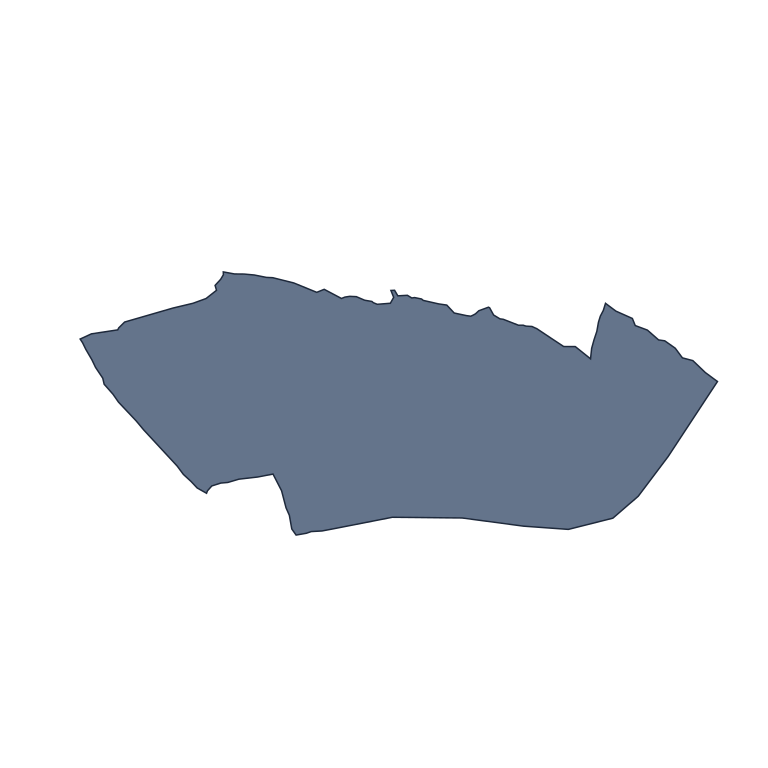 outline of Ukum, Benue, Nigeria, rotated 122°
{"feature_id": "59680162B14415495238729", "entity_name": "Ukum", "entity_type": "district", "adm_level": 2, "iso_a3": "NGA", "parent_name": "Nigeria", "parent_adm1": "Benue", "projection": "equal_earth", "projection_center": [9.596, 7.583], "detail": "fine", "context": "isolated", "style": "filled", "palette": "slate", "viewbox_px": 768, "rotation_deg": 122, "n_neighbors": 0, "source": "geoboundaries", "source_scale": "gbopen_adm2", "svg_char_len": 1731}
<svg xmlns="http://www.w3.org/2000/svg" viewBox="0 0 768 768"><g transform="rotate(122 384 384)"><path d="M532.9,349.4L492.6,306.3L484.4,292.9L479.2,284.4L463.9,259.3L456.3,246.9L447.4,227.3L430.6,190.3L409.6,150.6L376.5,118.8L356.0,112.5L349.1,110.3L344.4,108.9L295.0,104.6L286.8,104.4L217.0,102.8L205.2,102.5L204.0,117.6L200.5,134.5L203.7,144.8L199.3,156.0L198.6,168.8L201.1,174.5L198.7,189.2L201.3,201.9L196.8,208.1L199.3,226.0L198.2,238.9L205.4,237.0L211.8,236.5L217.9,234.9L226.6,231.4L235.3,229.3L243.7,226.8L253.2,222.2L250.9,241.6L257.0,251.5L256.6,267.0L256.1,283.9L256.3,285.0L256.8,289.0L259.7,294.3L260.4,297.2L262.9,301.1L265.9,317.1L267.3,320.2L267.4,327.6L263.4,334.8L263.5,336.1L271.6,342.4L276.0,343.6L278.0,344.7L280.5,346.3L282.3,350.3L286.6,362.1L283.8,372.6L287.1,380.1L292.3,395.0L292.0,397.2L294.5,403.9L296.3,406.0L296.4,411.2L301.9,419.0L298.9,424.7L301.0,427.7L305.4,421.7L312.2,421.4L312.3,421.6L320.0,432.0L320.7,436.2L320.4,438.0L323.2,444.8L324.6,453.8L326.3,456.8L327.8,459.5L331.0,463.2L334.0,465.4L335.4,484.9L341.9,489.6L346.1,514.0L352.8,534.7L355.9,540.2L360.3,551.8L364.9,560.9L369.9,569.1L374.1,579.7L376.5,578.1L381.8,578.0L389.9,579.5L393.3,575.7L405.8,580.2L416.8,588.8L431.4,603.2L468.9,636.8L477.0,638.7L479.2,638.5L496.5,658.7L506.9,665.5L508.8,661.4L512.6,655.3L518.3,644.5L522.8,637.4L528.1,625.6L532.5,621.2L536.3,608.4L540.1,599.5L546.6,574.7L550.3,563.4L563.2,515.9L567.0,506.2L568.9,496.0L571.2,487.3L570.7,476.6L568.2,477.1L561.7,476.0L554.5,469.9L550.3,464.3L541.6,456.6L529.8,441.8L519.2,430.4L528.8,414.3L540.7,401.7L540.9,401.5L545.5,394.7L555.8,385.4L558.7,378.5L551.7,370.7L547.7,367.5L541.5,358.7L532.9,349.4Z" fill="#64748b" stroke="#1e293b" stroke-width="1.5"/></g></svg>